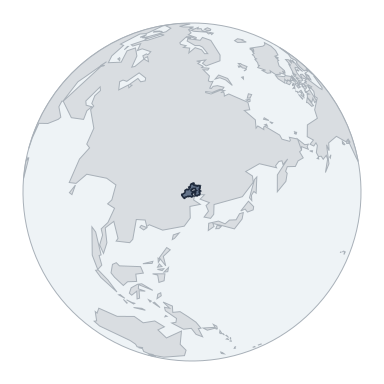 the Earth from above Hebei, rotated 36°
{"feature_id": "CHN-1811", "entity_name": "Hebei", "entity_type": "Province", "adm_level": 1, "iso_a3": "CHN", "parent_name": "China", "parent_adm1": "", "projection": "orthographic", "projection_center": [116.359, 39.339], "detail": "fine", "context": "on_globe", "style": "filled", "palette": "slate", "viewbox_px": 384, "rotation_deg": 36, "n_neighbors": 0, "source": "natural_earth", "source_scale": "10m", "svg_char_len": 15477}
<svg xmlns="http://www.w3.org/2000/svg" viewBox="0 0 384 384"><g transform="rotate(36 192 192)"><circle cx="192" cy="192" r="169" fill="#eef3f6" stroke="#a8b0b8"/><path d="M337.5,273.9L337.3,274.6L337.1,274.8L337.5,273.9ZM308.0,69.1L308.6,69.7L304.4,67.6L290.6,60.0L290.5,58.7L287.2,57.4L287.0,59.2L287.7,60.8L276.1,62.1L273.7,71.9L278.6,78.0L273.1,74.7L286.2,88.7L288.5,97.8L282.4,85.8L279.1,83.4L278.9,88.4L275.5,87.1L273.5,89.0L269.4,87.0L266.1,80.7L263.4,79.4L263.5,83.2L259.4,84.0L259.7,78.6L252.7,79.5L245.9,69.9L250.1,58.7L242.9,53.4L238.1,42.4L235.1,42.5L231.4,39.0L226.5,37.9L227.0,36.6L222.7,37.0L223.2,38.5L221.5,39.3L218.6,38.9L218.8,37.0L220.2,36.9L218.8,36.1L220.1,35.4L217.8,35.6L218.3,33.5L213.7,35.1L210.6,33.1L212.0,31.9L217.3,32.6L233.8,33.0L236.9,32.7L236.0,31.2L222.8,26.8L224.0,26.5L221.7,25.7L218.5,25.3L219.2,25.9L212.8,25.4L214.5,26.6L212.1,26.7L211.6,28.1L205.8,27.4L200.5,26.1L200.6,25.1L198.2,24.6L193.4,25.5L189.0,23.9L178.1,23.8L177.6,23.7L183.9,23.2L196.3,23.1L208.6,23.9L220.8,25.5L232.9,28.1L244.8,31.5L256.4,35.8L267.6,40.9L278.5,46.8L288.8,53.5L298.7,61.0L308.0,69.1ZM351.7,153.3L350.4,150.6L351.2,150.4L351.7,153.3ZM349.5,150.3L350.0,150.9L349.6,150.7L349.5,150.3ZM349.2,151.0L349.4,150.5L349.3,151.4L349.2,151.0ZM348.9,152.3L349.0,151.5L348.9,152.3ZM348.0,153.4L347.7,153.6L347.6,152.5L348.0,153.4ZM288.6,61.8L287.4,59.5L288.8,58.5L290.2,60.6L288.6,61.8ZM285.4,64.5L283.9,62.7L287.7,63.7L287.4,64.4L285.4,64.5ZM282.9,82.9L282.5,80.2L284.0,83.3L282.9,82.9ZM273.9,89.6L275.1,90.8L273.5,91.3L273.9,89.6ZM214.8,28.5L213.3,28.3L214.1,28.1L214.8,28.5ZM216.1,29.3L218.2,29.3L219.2,29.7L217.8,29.7L216.1,29.3ZM265.8,88.9L263.0,89.5L265.3,87.8L265.8,88.9ZM213.2,29.4L220.5,30.5L222.1,31.3L218.3,32.1L213.2,29.4ZM260.9,89.1L254.0,90.9L256.0,93.7L246.3,87.1L255.4,87.5L258.0,84.9L258.5,87.6L260.9,89.1ZM224.6,39.1L223.9,37.5L227.1,39.3L224.6,39.1ZM227.0,40.1L239.1,45.0L238.7,47.5L234.7,45.2L236.2,49.0L230.0,47.7L227.8,45.4L229.3,43.9L225.8,44.6L227.0,40.1ZM242.1,83.4L239.9,83.0L241.6,82.2L242.1,83.4ZM221.0,39.7L223.5,40.4L223.3,42.5L218.2,41.6L219.9,41.2L221.0,39.7ZM239.6,50.7L238.5,52.3L233.2,51.7L232.1,52.3L229.8,47.9L239.6,50.7ZM218.6,40.5L215.7,41.2L213.2,39.9L218.6,39.3L218.6,40.5ZM225.3,43.5L225.0,44.5L223.5,43.6L225.3,43.5ZM202.9,36.3L205.9,36.7L206.0,37.9L202.9,36.3ZM214.8,41.5L215.7,41.9L216.0,42.5L213.7,42.7L214.8,41.5ZM226.2,47.9L224.2,47.4L226.9,49.6L223.0,49.4L222.2,46.6L220.9,47.8L219.7,47.8L220.4,45.6L226.2,47.9ZM212.5,44.7L210.1,41.4L204.5,40.2L204.3,39.1L213.3,41.3L212.5,44.7ZM217.1,45.3L214.2,44.6L215.3,43.5L218.0,43.3L217.1,45.3ZM220.7,50.4L226.9,51.4L226.8,52.0L220.7,50.4ZM210.7,44.5L211.3,45.3L210.1,44.5L210.7,44.5ZM217.4,48.8L219.5,49.0L219.5,49.6L217.4,48.8ZM210.7,46.8L209.9,45.7L211.7,45.5L210.7,46.8ZM213.6,47.9L212.9,48.8L212.8,46.1L214.6,47.9L213.6,47.9ZM216.9,49.4L217.6,49.8L216.0,49.2L216.9,49.4ZM204.4,48.6L203.8,45.2L207.8,44.6L207.8,47.9L204.4,48.6ZM75.8,69.4L76.1,69.2L70.7,74.9L63.5,88.0L61.6,91.0L57.0,94.8L47.2,114.4L50.5,113.6L47.1,129.0L48.3,136.6L58.4,128.6L56.5,115.9L61.6,108.7L67.5,114.4L69.9,126.4L72.0,124.0L75.0,112.7L80.2,112.1L76.5,108.6L74.6,112.5L72.2,110.7L73.9,107.1L75.7,106.8L76.2,102.7L67.6,105.4L64.7,109.6L63.3,102.2L58.3,108.7L56.3,108.6L64.0,97.7L66.8,95.5L77.2,81.3L74.1,82.8L64.1,96.5L65.2,93.8L61.0,96.5L65.0,92.4L76.8,77.6L78.6,71.9L72.9,73.0L75.7,69.7L81.6,64.1L91.8,57.1L84.5,65.3L88.0,63.6L96.3,57.5L93.4,60.7L95.9,59.4L93.8,62.7L97.7,63.8L96.6,67.0L104.6,64.5L105.2,66.0L100.3,66.9L96.3,69.5L94.4,78.4L95.9,79.3L101.3,77.1L100.1,80.1L105.6,76.9L107.7,81.4L109.7,73.4L116.1,71.3L120.9,72.7L123.4,70.8L115.5,68.6L112.0,69.1L108.5,71.7L99.3,72.7L98.6,70.4L109.5,64.4L109.6,60.8L118.1,58.3L134.2,64.7L137.5,69.4L129.3,81.7L124.8,81.7L125.5,77.1L118.8,83.4L122.2,81.9L121.2,84.6L127.1,83.8L126.7,85.7L133.0,81.9L133.1,84.1L129.1,86.5L137.9,87.9L139.9,92.5L142.1,92.0L143.9,90.1L145.3,97.6L146.8,96.9L147.0,94.1L150.1,91.0L156.3,88.5L156.4,91.3L154.2,92.5L149.8,99.5L144.0,102.7L144.6,103.6L149.8,101.5L155.2,92.9L158.8,90.8L156.9,94.8L157.9,93.2L159.8,93.0L161.8,95.4L164.1,91.1L184.5,86.6L190.4,91.5L186.4,95.3L200.8,96.4L206.3,102.7L206.4,99.9L213.4,99.3L211.8,97.3L212.4,96.0L229.5,94.4L233.7,96.4L241.2,93.6L241.2,92.3L238.6,90.5L246.3,87.1L256.0,93.7L255.4,96.2L261.9,99.0L259.5,104.5L260.6,110.6L254.2,115.5L255.6,120.3L258.0,120.9L261.7,128.2L260.9,141.7L251.0,128.0L250.0,109.0L249.5,116.3L246.4,113.9L244.3,116.3L244.2,121.7L246.2,122.7L229.9,129.5L223.4,143.9L231.5,143.5L235.8,148.1L235.5,166.2L217.2,189.2L222.7,197.3L222.5,202.4L216.5,205.2L216.6,197.8L211.3,194.7L212.3,190.4L202.8,193.0L203.7,186.9L195.8,192.4L198.0,197.5L206.0,197.1L198.8,204.9L205.9,214.1L205.8,224.2L190.7,240.1L176.7,243.6L175.7,246.5L170.6,242.2L163.1,247.0L171.9,265.1L171.4,269.6L159.5,276.3L159.4,273.0L146.0,261.7L142.9,272.0L153.0,283.1L156.5,293.7L148.4,289.1L145.0,279.4L140.2,275.2L141.9,266.1L138.9,250.7L130.7,251.2L131.8,245.5L126.3,231.0L114.9,231.0L96.4,239.5L93.1,253.2L87.1,256.5L81.6,231.5L83.2,216.5L78.7,215.1L75.1,198.1L61.6,185.0L62.0,180.2L58.9,179.3L56.8,171.2L58.3,163.7L55.9,160.9L52.6,180.8L55.4,184.0L60.9,181.9L59.2,187.9L61.6,197.0L50.7,202.8L34.4,194.2L36.7,183.1L44.5,144.1L46.4,141.9L46.6,141.5L46.9,140.8L43.6,143.8L46.3,136.8L38.0,161.2L34.9,169.9L34.2,194.5L33.3,195.0L34.2,201.3L41.9,208.6L41.1,211.8L35.1,221.3L27.8,226.4L31.0,242.1L34.3,252.7L30.3,240.9L27.1,228.8L24.8,216.6L23.5,204.2L23.0,191.8L23.5,179.3L24.9,166.9L27.2,154.7L30.4,142.7L34.5,130.9L39.4,119.5L45.2,108.4L51.7,97.8L59.0,87.8L67.1,78.2L75.8,69.4ZM68.6,145.2L72.7,152.5L77.7,142.7L79.7,144.8L80.7,140.9L78.1,142.0L81.5,131.9L85.7,133.0L88.8,129.6L87.5,127.0L79.2,126.7L74.2,140.8L70.4,142.0L68.6,145.2ZM179.6,23.5L177.8,23.7L178.6,23.6L179.6,23.5ZM111.9,50.6L108.9,52.6L106.4,53.0L107.9,50.1L111.5,49.3L111.9,50.6ZM105.4,55.5L115.8,51.0L115.4,53.1L113.8,52.6L112.5,54.4L109.7,54.2L99.0,60.9L96.2,61.8L100.3,55.2L100.6,56.7L103.4,54.5L105.4,55.5ZM143.3,39.7L147.8,38.8L141.0,44.2L137.5,44.5L138.7,41.3L143.5,39.0L143.3,39.7ZM205.0,31.1L207.2,31.1L207.1,31.5L205.3,31.9L205.0,31.1ZM204.3,36.4L195.5,31.9L197.5,31.5L189.9,29.8L192.3,28.3L197.2,29.4L193.4,27.2L198.7,27.6L195.5,26.3L206.0,28.9L210.7,29.5L204.6,29.4L202.2,30.6L202.6,31.3L207.1,34.0L216.0,36.4L215.1,38.3L212.1,39.1L209.8,38.8L211.1,37.6L207.1,38.2L207.3,36.1L204.3,36.4ZM177.5,52.4L179.9,50.2L172.0,52.7L172.1,50.0L171.2,50.5L169.1,48.8L165.0,47.7L165.9,46.4L163.9,46.6L162.5,45.6L160.1,45.4L160.8,43.3L157.9,43.0L159.8,42.2L154.6,42.3L158.8,41.3L157.4,40.2L154.1,41.8L163.6,32.4L164.4,30.0L162.8,28.6L170.2,27.6L176.4,28.4L181.0,30.6L179.2,33.4L182.8,32.7L183.0,33.9L180.1,33.9L184.8,34.6L184.2,35.6L188.3,38.8L195.5,39.5L197.1,40.8L194.0,41.1L197.9,42.3L193.1,43.9L194.2,44.9L190.6,47.8L184.0,48.0L185.7,49.3L183.1,51.7L177.5,52.4ZM203.2,49.3L195.2,49.8L191.3,48.7L199.2,44.3L198.8,43.1L203.7,40.6L209.2,42.4L207.3,42.9L206.8,43.8L205.3,42.9L206.0,44.3L203.4,45.1L203.3,46.6L200.7,46.3L203.2,49.3ZM62.9,91.2L62.1,93.1L61.6,95.3L59.0,97.3L62.9,91.2ZM70.8,81.1L70.5,82.2L66.5,85.6L67.4,83.9L70.8,81.1ZM73.8,80.0L70.8,81.9L72.9,79.9L73.8,80.0ZM100.4,67.9L100.6,69.1L99.3,69.9L97.6,70.0L100.4,67.9ZM153.9,60.8L156.0,59.4L156.9,59.7L162.8,58.2L163.2,60.3L159.7,62.0L153.9,60.8ZM56.2,128.2L53.8,128.0L54.5,125.9L55.2,126.3L56.2,128.2ZM54.9,111.7L53.6,116.7L54.2,112.2L54.9,111.7ZM155.4,62.9L157.8,62.0L156.5,63.6L155.4,62.9ZM163.8,61.8L162.8,63.6L163.9,60.4L163.8,61.8ZM40.4,266.6L37.8,260.4L39.7,262.7L39.7,259.9L43.2,268.5L47.8,280.1L40.4,266.6ZM199.6,319.2L204.8,319.8L204.6,320.3L199.6,319.2ZM194.1,317.2L200.1,317.5L193.1,318.3L194.1,317.2ZM202.4,317.7L208.4,316.7L211.1,315.7L210.6,316.9L202.4,317.7ZM190.1,317.0L168.5,314.7L160.0,312.0L161.9,310.2L175.6,312.6L190.1,317.0ZM161.3,310.1L148.4,301.7L131.5,279.0L137.6,281.0L155.4,296.3L154.2,298.0L162.0,304.2L161.3,310.1ZM192.6,302.5L191.4,308.0L179.4,306.5L174.0,305.0L170.2,297.3L172.3,293.7L176.7,294.4L194.3,282.6L200.3,286.2L194.8,291.5L199.8,296.9L192.6,302.5ZM93.6,254.9L96.4,264.7L93.2,264.6L93.6,254.9ZM201.7,273.2L194.4,278.9L201.1,271.1L201.7,273.2ZM205.8,265.5L206.1,268.7L203.4,265.5L205.8,265.5ZM175.2,251.1L170.5,251.2L170.6,248.8L176.6,247.3L175.2,251.1ZM205.7,232.6L205.1,239.8L204.0,242.1L202.1,237.7L205.7,232.6ZM162.0,82.1L153.3,81.6L147.3,83.2L144.3,87.0L144.8,81.7L154.1,79.2L162.0,82.1ZM181.7,85.7L184.3,82.8L185.7,84.4L185.3,85.3L181.7,85.7ZM181.5,83.6L179.9,79.4L183.0,78.1L183.7,81.6L181.5,83.6ZM167.3,70.4L164.7,70.0L165.8,68.6L167.3,70.4ZM252.7,349.5L252.9,348.7L259.6,346.2L256.4,348.0L252.7,349.5ZM229.2,348.5L196.0,354.7L188.8,354.0L190.6,352.3L184.0,345.6L186.4,345.8L184.9,340.8L204.5,336.6L218.5,326.6L229.4,326.5L237.7,318.2L248.9,317.3L245.5,323.6L257.1,325.1L265.2,310.7L272.0,322.2L280.2,323.5L282.1,328.8L266.3,342.2L257.5,346.4L256.0,346.4L252.3,348.1L246.7,349.4L243.9,347.8L240.2,349.4L243.9,346.7L238.6,349.5L235.8,348.3L229.2,348.5ZM309.3,304.6L310.9,304.0L313.2,304.0L310.7,305.4L309.3,304.6ZM333.5,280.1L334.0,280.2L332.4,282.0L333.5,280.1ZM337.1,274.8L335.3,277.2L337.5,273.9L337.1,274.8ZM318.0,292.8L318.8,293.0L318.1,293.7L318.0,292.8ZM317.4,293.0L318.4,291.2L318.2,292.4L317.4,293.0ZM310.0,290.5L311.0,289.3L311.5,289.6L310.0,290.5ZM212.6,319.8L219.8,315.6L223.8,315.1L212.6,319.8ZM308.7,289.7L306.2,290.8L306.5,289.9L308.7,289.7ZM308.8,287.8L308.6,286.9L310.1,288.6L308.8,287.8ZM304.1,287.6L307.1,288.2L303.8,288.0L304.1,287.6ZM302.3,288.7L300.1,288.7L300.3,288.3L302.3,288.7ZM277.4,298.8L285.7,302.9L279.0,304.8L271.6,302.7L265.8,308.0L252.6,309.9L255.6,306.9L253.8,303.4L240.2,303.7L237.5,301.4L242.3,299.2L233.3,298.0L243.2,295.8L247.2,300.7L252.7,295.8L262.4,295.2L271.7,295.0L279.3,296.9L277.4,298.8ZM243.2,307.4L244.9,307.2L243.4,308.9L243.2,307.4ZM296.0,287.6L299.1,288.8L298.8,289.6L297.2,289.8L296.0,287.6ZM281.0,295.5L289.1,288.8L291.0,288.3L285.6,294.8L281.0,295.5ZM287.1,286.6L290.9,286.0L292.9,287.8L292.1,288.7L287.1,286.6ZM223.2,304.2L222.8,305.7L220.2,304.7L223.2,304.2ZM226.4,303.2L234.1,304.3L225.7,304.5L226.4,303.2ZM203.3,298.3L205.5,301.9L212.5,299.7L207.2,303.0L212.0,308.7L210.4,310.8L205.6,304.6L203.9,310.9L200.8,310.7L199.1,305.3L202.2,298.6L205.3,295.8L218.1,294.6L203.3,298.3ZM226.4,298.9L224.4,294.8L225.9,291.9L228.1,294.0L226.4,298.9ZM218.4,284.6L213.1,279.4L208.2,281.4L218.2,274.1L221.6,280.2L218.4,284.6ZM214.1,273.1L209.5,274.9L214.3,270.6L214.1,273.1ZM208.3,273.1L207.9,269.4L211.5,270.0L208.3,273.1ZM216.4,273.3L217.4,266.9L219.2,270.7L216.4,273.3ZM206.6,260.9L214.2,267.2L204.2,264.4L204.2,251.8L208.4,251.6L206.6,260.9ZM232.8,207.7L231.9,203.9L235.9,202.8L235.3,205.8L232.8,207.7ZM248.0,196.9L236.6,201.3L227.4,205.2L230.1,206.9L227.8,213.6L223.9,207.5L230.5,200.0L237.5,198.3L238.8,192.7L244.0,188.6L243.2,181.6L245.6,178.5L248.4,184.4L248.0,196.9ZM242.6,178.7L243.1,166.3L250.5,167.6L252.0,170.5L248.7,175.6L245.0,174.6L242.6,178.7ZM245.4,163.8L241.9,162.9L235.2,145.1L235.6,141.7L244.6,155.3L241.7,155.2L242.0,159.6L245.4,163.8ZM240.5,84.5L240.0,83.1L241.7,84.2L240.5,84.5ZM211.3,94.9L212.4,93.3L214.3,94.4L211.3,94.9ZM216.4,89.6L213.5,89.5L216.6,88.5L216.4,89.6ZM206.8,89.5L212.2,88.9L207.1,91.1L206.8,89.5Z" fill="#d9dde1" stroke="#a8b0b8" stroke-width="1"/><path d="M194.7,194.1L194.8,194.1L195.1,194.8L195.4,195.1L195.3,195.4L195.2,195.5L194.8,195.8L194.5,196.4L194.2,196.4L193.5,196.4L193.0,196.4L192.9,196.5L192.7,196.8L192.5,197.1L192.2,197.5L192.1,197.4L192.0,197.2L191.8,197.3L191.7,197.5L191.8,197.7L191.7,197.8L191.3,197.8L191.1,197.9L191.1,198.1L190.9,198.3L190.8,198.7L190.6,198.9L190.6,199.1L190.4,199.3L190.3,199.5L189.9,199.6L189.6,200.1L189.4,200.4L189.6,200.8L189.7,201.0L189.9,201.2L189.9,201.4L189.6,201.6L189.3,201.3L189.2,201.3L188.9,201.4L188.8,201.5L188.6,201.6L188.4,201.4L188.1,201.4L187.9,201.4L187.7,201.4L187.4,201.2L187.2,201.1L186.9,201.1L186.6,201.0L186.5,200.8L186.4,200.7L186.2,200.7L185.9,200.8L185.7,200.7L185.3,200.3L185.3,200.1L185.1,199.8L185.2,199.7L185.5,199.5L185.6,199.3L185.7,199.2L185.9,199.2L185.9,198.9L185.9,198.7L186.1,198.2L186.2,197.9L186.6,197.4L186.7,197.1L186.7,196.9L186.6,196.6L186.5,196.4L186.3,196.1L186.0,195.4L185.9,195.4L185.8,195.2L185.5,195.1L185.4,194.8L185.5,194.6L185.5,194.3L185.7,194.0L185.8,193.9L186.0,193.7L186.0,193.1L186.2,192.9L186.3,192.7L186.7,192.6L186.9,192.7L187.2,192.7L187.3,192.5L187.5,192.5L187.5,192.4L187.6,192.1L187.7,191.8L187.8,191.5L187.9,191.4L187.7,191.2L187.6,190.5L187.5,190.4L187.2,190.4L186.8,190.2L186.7,190.0L186.5,189.9L186.7,189.6L186.8,189.7L186.9,189.4L187.7,189.1L187.8,189.1L187.7,188.9L187.4,188.9L187.3,188.5L187.3,188.4L187.2,188.2L187.1,187.8L187.0,187.7L186.9,187.6L186.8,187.4L186.7,187.2L186.4,186.7L186.5,186.8L186.5,186.6L186.7,186.3L186.6,186.2L186.6,185.8L186.8,185.5L187.1,185.4L187.3,184.6L187.5,184.4L187.7,184.2L187.8,184.2L187.9,183.9L188.0,183.8L188.1,183.7L188.5,183.7L188.7,183.9L188.9,184.3L188.9,184.6L188.7,184.7L188.8,184.9L188.7,185.3L189.2,185.3L189.5,185.4L189.6,185.2L189.8,185.3L189.8,185.2L189.7,185.1L189.8,185.0L190.3,184.8L191.0,184.3L191.3,184.7L191.5,184.5L191.8,184.3L192.0,184.1L192.2,184.3L192.4,184.3L192.5,184.4L193.0,184.2L193.1,183.8L193.2,183.7L193.0,183.2L193.6,182.7L193.9,182.7L194.2,182.8L194.3,182.8L194.4,182.5L194.5,182.3L194.7,182.5L195.1,182.3L195.1,182.5L195.6,183.0L195.7,183.3L195.6,183.5L195.8,183.6L195.8,183.8L195.9,184.0L196.0,184.0L196.1,183.9L196.2,184.1L196.3,184.2L196.2,184.4L196.3,184.5L196.2,184.8L196.1,184.7L195.9,184.9L196.1,185.3L196.3,185.3L196.3,185.7L196.4,185.8L196.4,186.0L196.5,186.1L197.2,186.0L197.4,185.9L197.6,186.0L198.2,186.1L198.4,186.1L198.3,186.3L198.2,186.5L197.9,186.8L197.7,186.8L197.9,187.0L197.7,187.2L197.6,187.4L197.6,187.5L198.0,188.0L198.3,187.9L198.3,188.1L198.5,188.3L199.2,188.3L199.3,188.5L199.2,188.8L199.4,189.1L199.4,189.3L199.6,189.3L199.6,189.6L199.8,189.8L199.7,190.1L199.2,190.2L199.2,190.3L199.2,190.5L198.8,190.7L198.8,190.8L198.6,191.1L198.5,191.3L198.6,191.2L198.5,191.3L198.6,191.2L198.6,191.4L198.6,191.5L198.7,191.8L198.4,191.9L198.1,192.4L197.8,192.5L197.9,192.4L198.0,192.3L197.8,192.4L197.7,192.3L197.6,192.5L197.2,192.5L196.9,192.5L197.0,192.6L196.5,192.9L196.3,192.8L196.1,192.4L195.8,192.3L195.8,192.0L195.7,191.9L195.5,191.7L195.5,191.4L195.4,191.3L195.2,191.3L194.9,191.3L194.9,191.1L194.7,190.8L194.6,190.5L194.6,190.4L194.6,190.2L194.9,190.1L195.2,190.1L195.1,189.9L194.9,189.8L194.8,189.7L194.7,189.5L194.5,189.4L194.2,189.3L194.1,189.2L194.0,188.7L193.9,188.6L194.0,188.4L194.4,188.3L194.4,188.2L194.5,188.1L194.1,188.1L193.8,188.0L193.6,188.1L193.3,187.9L192.7,187.3L192.6,187.0L192.3,187.2L192.2,187.4L192.2,187.7L192.2,187.8L191.9,187.9L191.7,187.8L191.5,188.1L191.3,188.3L191.2,188.3L190.9,188.2L190.6,188.4L190.6,188.5L191.0,189.0L190.9,189.4L190.8,189.6L190.2,189.8L190.0,190.0L189.9,190.1L190.1,190.3L190.1,190.5L189.9,190.7L189.9,190.8L190.0,191.1L190.4,191.2L190.5,191.4L190.6,191.5L190.7,191.4L191.0,191.3L191.6,191.3L191.8,191.5L192.1,191.7L192.4,191.3L192.5,191.2L193.0,191.2L193.0,191.6L193.1,192.0L193.1,192.4L193.1,192.5L193.3,192.6L193.2,192.7L192.8,193.0L192.7,193.3L192.8,193.6L193.0,193.7L193.1,193.8L193.6,193.9L193.6,194.1L194.0,194.2L194.1,194.3L194.7,194.1ZM194.0,189.8L193.8,190.2L193.8,190.3L194.0,190.5L193.9,190.6L193.8,191.1L193.7,191.2L193.2,191.0L193.2,190.9L193.3,190.7L193.2,190.5L193.0,190.4L192.9,190.2L193.1,189.9L193.4,189.9L193.6,189.9L194.0,189.8ZM197.2,192.7L197.2,192.8L197.1,193.0L196.9,193.2L196.9,192.8L197.0,192.8L197.2,192.7L197.2,192.7Z" fill="#64748b" stroke="#1e293b" stroke-width="1.5"/></g></svg>